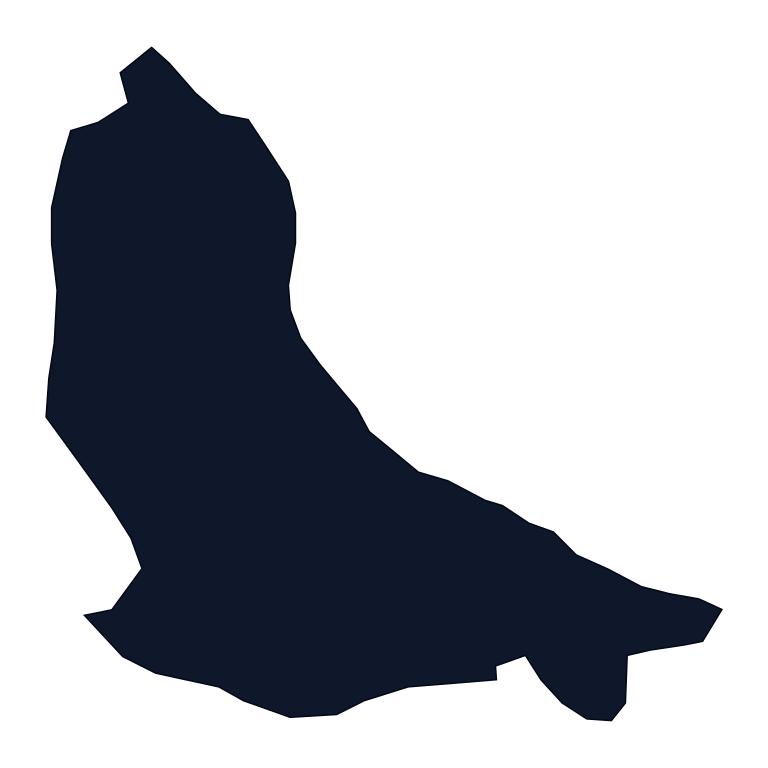 outline of Gaidouras, Cyprus
{"feature_id": "46923920B93612483186560", "entity_name": "Gaidouras", "entity_type": "district", "adm_level": 2, "iso_a3": "CYP", "parent_name": "Cyprus", "parent_adm1": "", "projection": "orthographic", "projection_center": [33.809, 35.155], "detail": "fine", "context": "isolated", "style": "filled", "palette": "ink", "viewbox_px": 768, "rotation_deg": 0, "n_neighbors": 0, "source": "geoboundaries", "source_scale": "gbopen_adm2", "svg_char_len": 932}
<svg xmlns="http://www.w3.org/2000/svg" viewBox="0 0 768 768"><path d="M248.1,119.6L220.0,114.3L195.5,93.2L183.2,79.1L169.2,63.2L151.6,47.4L120.2,72.8L128.4,103.1L98.2,122.4L70.8,130.6L62.6,158.1L51.6,207.7L51.6,243.5L57.1,290.3L54.3,342.6L48.8,378.4L46.1,417.0L76.2,458.3L111.9,507.9L131.0,538.2L142.0,568.5L111.8,609.8L84.4,615.3L122.8,656.6L155.7,673.2L218.8,686.9L243.5,700.7L290.1,717.3L336.7,714.5L364.1,700.7L408.0,686.9L496.4,679.7L495.5,666.0L525.4,655.4L541.2,680.1L562.2,703.0L586.8,718.9L611.4,720.6L625.4,703.0L627.2,655.4L650.0,650.1L685.1,644.8L702.6,641.3L721.9,609.5L699.1,599.0L669.3,593.7L641.2,586.6L607.8,569.0L576.2,554.9L553.4,532.0L528.9,523.2L502.5,505.6L485.0,500.3L448.1,480.9L418.3,472.1L388.5,447.4L369.2,431.6L356.9,408.6L337.6,385.7L320.0,364.6L300.7,338.1L290.2,309.9L288.4,285.3L295.5,243.0L295.5,213.0L288.5,181.3L265.7,146.1L248.1,119.6Z" fill="#0f172a" stroke="#020617" stroke-width="1.5"/></svg>